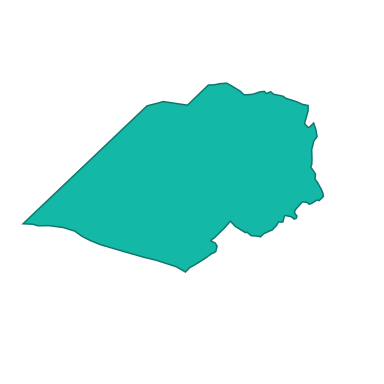 Tanout, Zinder, Niger (Natural Earth projection), rotated 226°
{"feature_id": "23599985B69081741011402", "entity_name": "Tanout", "entity_type": "district", "adm_level": 2, "iso_a3": "NER", "parent_name": "Niger", "parent_adm1": "Zinder", "projection": "natural_earth1", "projection_center": [8.581, 15.143], "detail": "fine", "context": "isolated", "style": "filled", "palette": "teal", "viewbox_px": 384, "rotation_deg": 226, "n_neighbors": 0, "source": "geoboundaries", "source_scale": "gbopen_adm2", "svg_char_len": 1347}
<svg xmlns="http://www.w3.org/2000/svg" viewBox="0 0 384 384"><g transform="rotate(226 192 192)"><path d="M105.1,287.2L107.1,287.6L111.8,289.0L115.7,289.4L119.1,293.3L127.6,294.8L128.6,297.3L132.8,301.6L139.4,307.6L144.1,315.2L144.9,320.4L150.9,324.5L157.1,327.4L157.0,322.1L157.9,320.2L163.1,320.5L169.8,332.0L173.6,335.6L178.2,332.4L184.4,329.9L194.1,324.7L197.9,323.9L205.6,318.6L209.5,318.2L211.1,313.9L214.1,314.0L216.7,310.6L220.2,303.4L225.6,297.0L231.0,296.7L241.2,294.1L246.3,292.5L250.7,287.1L254.0,282.0L257.6,278.1L257.6,249.1L263.0,244.9L277.1,234.1L278.7,230.9L285.2,219.5L285.3,207.7L286.5,48.4L279.4,55.1L274.6,57.8L267.2,65.7L256.0,74.6L245.3,80.5L236.1,82.2L227.8,85.1L217.6,89.6L196.5,101.6L178.4,112.1L168.2,118.6L149.1,128.8L139.0,131.7L139.2,137.6L136.9,146.8L135.2,155.2L134.1,162.9L132.9,166.3L132.8,168.1L135.7,172.5L139.1,173.2L143.8,171.6L144.1,174.3L143.5,175.3L143.6,190.4L144.3,199.4L137.4,199.2L125.6,202.2L124.9,203.7L119.5,204.2L114.7,208.5L112.2,210.1L112.1,214.7L109.6,222.0L109.0,222.7L109.2,229.6L110.4,233.6L107.9,235.6L107.4,236.6L110.6,241.9L110.0,243.0L105.1,246.3L101.5,246.7L100.7,248.8L101.8,250.8L105.8,251.2L107.4,253.7L108.2,264.3L106.6,266.0L104.1,267.7L101.9,267.7L100.7,270.1L99.4,276.4L97.5,277.4L97.5,283.4L100.3,285.4L105.1,287.2Z" fill="#14b8a6" stroke="#0f766e" stroke-width="1.5"/></g></svg>